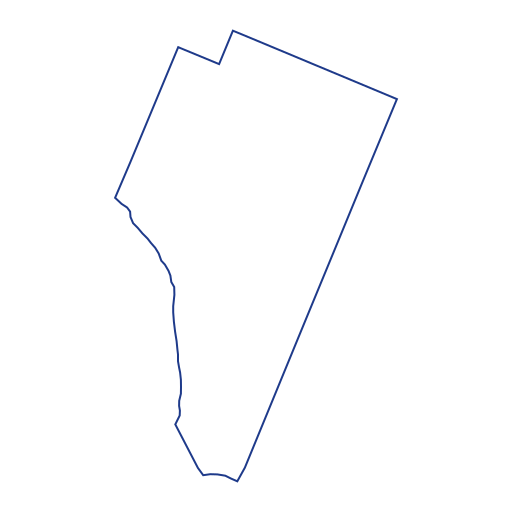 the district of Vicentina, Mato Grosso do Sul, Brazil
{"feature_id": "56859067B52074491816851", "entity_name": "Vicentina", "entity_type": "district", "adm_level": 2, "iso_a3": "BRA", "parent_name": "Brazil", "parent_adm1": "Mato Grosso do Sul", "projection": "mercator", "projection_center": [-54.461, -22.488], "detail": "fine", "context": "isolated", "style": "outline", "palette": "blue", "viewbox_px": 512, "rotation_deg": 0, "n_neighbors": 0, "source": "geoboundaries", "source_scale": "gbopen_adm2", "svg_char_len": 794}
<svg xmlns="http://www.w3.org/2000/svg" viewBox="0 0 512 512"><path d="M203.2,475.2L210.3,474.2L217.4,474.4L225.3,475.7L230.9,478.5L237.3,481.3L244.9,467.6L294.3,347.4L308.1,313.9L335.4,247.8L362.5,182.0L396.9,99.1L260.4,42.1L232.9,30.7L219.1,64.1L178.2,47.2L130.2,162.5L115.1,197.8L121.6,203.9L127.1,207.5L130.1,211.6L130.5,217.0L133.1,223.2L137.7,227.8L142.4,233.4L147.6,238.6L150.9,242.9L155.2,247.8L158.7,253.5L161.3,260.7L164.9,264.6L168.5,270.8L170.4,275.6L171.3,282.0L174.2,287.0L174.4,294.9L173.2,306.2L173.2,312.4L173.9,321.8L175.1,331.7L176.6,341.2L177.4,349.4L178.0,354.5L178.0,361.2L179.1,367.6L180.1,372.5L180.9,379.8L181.0,387.0L180.9,393.7L179.2,400.8L179.1,405.9L179.9,410.6L179.7,415.5L175.3,424.4L197.9,467.9L203.2,475.2Z" fill="none" stroke="#1e3a8a" stroke-width="2"/></svg>